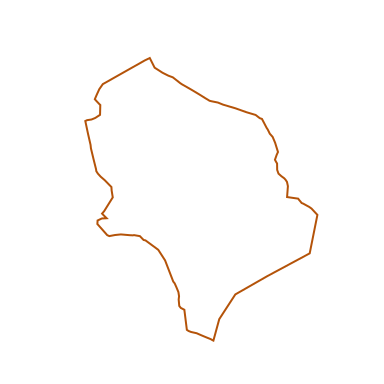 outline of Santo Domingo Ixcatlán, Oaxaca, Mexico, rotated 149°
{"feature_id": "50627088B6821892138285", "entity_name": "Santo Domingo Ixcatlán", "entity_type": "district", "adm_level": 2, "iso_a3": "MEX", "parent_name": "Mexico", "parent_adm1": "Oaxaca", "projection": "orthographic", "projection_center": [-97.522, 16.909], "detail": "fine", "context": "isolated", "style": "outline", "palette": "amber", "viewbox_px": 384, "rotation_deg": 149, "n_neighbors": 0, "source": "geoboundaries", "source_scale": "gbopen_adm2", "svg_char_len": 1635}
<svg xmlns="http://www.w3.org/2000/svg" viewBox="0 0 384 384"><g transform="rotate(149 192 192)"><path d="M250.2,53.6L234.1,69.0L207.6,81.9L170.7,81.1L122.7,78.8L96.3,107.8L98.1,116.3L99.3,119.0L100.5,121.0L102.7,124.8L103.7,126.1L104.0,128.4L104.3,130.2L104.4,131.6L113.1,138.7L106.8,147.6L105.4,151.7L105.5,154.3L105.9,156.3L107.2,159.4L108.4,163.2L107.6,167.1L104.4,172.6L104.4,174.7L104.3,176.9L100.2,180.3L97.7,182.0L95.4,191.4L94.5,197.7L95.3,201.9L94.9,206.5L95.0,208.5L94.6,215.1L94.4,218.6L95.9,220.4L97.8,225.3L104.2,232.3L111.6,241.3L120.4,250.9L123.7,255.3L128.5,259.7L130.0,261.2L130.9,263.0L132.1,265.2L135.5,271.9L140.1,280.5L145.1,289.4L146.0,291.3L149.4,300.2L152.3,303.8L155.9,309.5L157.6,313.0L160.0,317.8L159.2,328.6L164.8,329.1L212.9,330.4L218.5,327.9L223.6,324.4L227.5,321.6L227.2,319.9L226.2,315.3L225.8,313.8L230.0,307.2L231.1,305.5L236.9,305.3L240.8,305.9L244.9,307.6L246.9,307.8L251.2,295.3L253.0,289.8L254.7,284.6L256.1,281.6L259.6,270.5L262.5,261.0L263.3,259.1L263.2,256.2L262.4,252.2L260.7,247.0L259.2,240.6L258.5,237.8L260.1,234.7L262.7,228.2L277.2,220.8L280.2,219.8L279.8,217.9L278.7,213.5L279.7,214.0L281.5,215.0L282.5,215.6L283.4,215.8L287.6,216.2L289.6,213.3L286.9,198.7L285.6,196.8L280.2,194.8L275.3,192.5L274.3,191.9L267.4,186.9L265.0,185.3L263.9,184.9L259.4,181.0L258.2,175.8L256.8,174.5L250.7,159.8L250.3,147.2L254.2,124.9L253.9,122.6L254.4,118.5L255.2,113.2L256.8,109.3L258.8,106.7L261.6,100.9L261.3,98.4L259.2,95.0L267.4,76.5L266.5,74.6L264.9,72.5L260.7,68.5L259.6,66.9L257.3,63.7L254.5,59.9L251.7,56.2L251.3,55.4L250.6,54.2L250.2,53.6Z" fill="none" stroke="#b45309" stroke-width="2"/></g></svg>